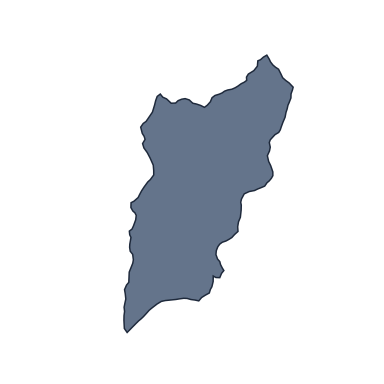 Estrela d'Oeste, São Paulo, Brazil (Mercator projection), rotated 200°
{"feature_id": "56859067B30930108475586", "entity_name": "Estrela d'Oeste", "entity_type": "district", "adm_level": 2, "iso_a3": "BRA", "parent_name": "Brazil", "parent_adm1": "São Paulo", "projection": "mercator", "projection_center": [-50.414, -20.258], "detail": "fine", "context": "isolated", "style": "filled", "palette": "slate", "viewbox_px": 384, "rotation_deg": 200, "n_neighbors": 0, "source": "geoboundaries", "source_scale": "gbopen_adm2", "svg_char_len": 2356}
<svg xmlns="http://www.w3.org/2000/svg" viewBox="0 0 384 384"><g transform="rotate(200 192 192)"><path d="M208.9,40.6L204.9,37.8L202.0,44.2L199.8,49.0L198.1,52.6L196.5,55.3L195.0,58.3L193.5,61.9L191.8,66.2L190.3,68.8L188.8,71.2L186.6,74.7L183.4,78.7L180.1,80.8L170.4,85.5L167.2,87.3L163.4,89.3L160.2,90.3L156.2,90.6L152.2,91.5L148.4,92.0L146.9,96.1L144.2,99.6L141.2,103.0L141.4,106.8L140.9,109.7L141.5,115.1L143.3,120.3L140.3,119.8L136.6,121.0L136.4,125.6L135.2,129.1L137.5,130.9L140.3,133.5L142.1,136.1L145.0,137.7L148.1,141.4L149.1,145.2L149.0,149.5L148.1,152.5L146.4,155.1L143.3,157.6L141.1,160.1L139.0,162.8L137.5,166.5L135.3,170.7L137.2,175.0L138.1,179.9L137.9,184.8L139.6,191.7L141.2,196.5L142.7,199.0L143.1,202.4L142.3,208.1L138.4,212.0L133.7,214.8L131.4,217.2L128.8,219.5L125.7,222.4L124.7,226.3L123.2,228.9L122.1,232.0L121.6,235.0L122.9,238.5L125.3,241.5L127.1,243.7L130.4,246.9L133.6,251.9L133.2,257.1L133.8,260.9L136.3,264.9L136.3,267.8L135.2,270.5L133.6,274.3L130.9,277.6L130.3,280.6L130.4,283.7L130.4,288.5L130.1,294.1L130.9,299.0L131.0,302.6L131.5,306.2L131.3,309.3L131.2,314.2L132.5,318.1L132.5,322.1L132.8,325.1L138.0,327.7L141.9,328.8L145.9,330.4L148.9,333.4L152.7,337.0L156.2,337.8L159.6,339.1L162.7,341.1L164.9,343.3L168.5,346.2L171.0,343.2L172.9,339.7L175.0,337.8L173.6,332.6L175.4,327.2L177.6,324.4L179.4,322.1L180.1,318.6L178.8,315.6L180.4,313.1L182.8,310.6L185.0,307.3L187.0,304.8L189.7,302.2L193.3,300.1L195.9,297.9L197.5,295.5L199.8,293.3L203.4,290.6L205.4,287.5L205.6,283.1L207.3,278.8L209.3,275.8L213.5,276.3L217.7,276.2L221.7,275.7L226.1,277.6L230.4,277.4L233.4,275.7L236.3,273.1L237.8,270.0L241.9,268.3L247.8,270.8L251.9,271.1L255.3,273.2L257.4,269.9L257.4,265.5L256.9,260.9L256.5,253.5L259.3,242.6L261.3,239.7L262.4,235.4L258.8,230.1L256.0,227.9L254.1,225.4L255.0,220.6L252.2,216.9L247.5,213.7L242.9,209.5L237.6,204.0L235.3,199.0L233.8,194.9L235.4,189.4L237.0,186.3L238.7,180.4L239.8,175.7L240.4,171.4L240.7,168.4L243.4,163.5L245.6,161.1L244.1,156.5L241.1,153.9L238.5,152.9L236.4,150.9L235.4,146.6L235.4,140.1L235.7,136.6L237.5,133.8L235.9,130.5L233.8,128.4L232.6,121.7L231.7,118.7L229.8,115.2L226.4,113.1L223.9,108.2L223.3,104.8L223.6,95.3L220.5,85.5L221.7,82.1L222.0,77.2L219.9,73.5L217.6,68.8L217.0,64.4L216.4,60.5L214.5,56.7L213.6,52.6L212.1,48.2L208.9,40.6Z" fill="#64748b" stroke="#1e293b" stroke-width="1.5"/></g></svg>